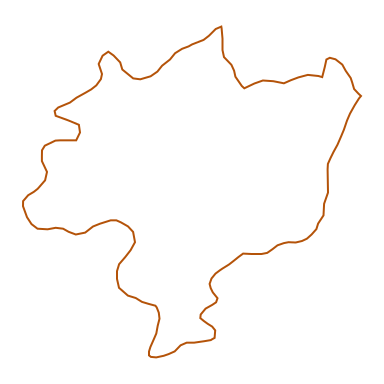 outline of Aghjabadi District, Ağcabədi, Azerbaijan
{"feature_id": "54616110B84161876100413", "entity_name": "Aghjabadi District", "entity_type": "district", "adm_level": 2, "iso_a3": "AZE", "parent_name": "Azerbaijan", "parent_adm1": "Ağcabədi", "projection": "orthographic", "projection_center": [47.427, 39.997], "detail": "fine", "context": "isolated", "style": "outline", "palette": "amber", "viewbox_px": 384, "rotation_deg": 0, "n_neighbors": 0, "source": "geoboundaries", "source_scale": "gbopen_adm2", "svg_char_len": 2168}
<svg xmlns="http://www.w3.org/2000/svg" viewBox="0 0 384 384"><path d="M221.3,26.6L215.7,29.0L208.9,35.8L203.6,39.9L192.1,44.4L188.6,46.4L182.1,48.8L175.1,53.2L170.0,59.5L162.1,65.7L157.4,71.6L150.6,76.3L140.3,79.3L133.2,78.4L122.3,69.5L120.2,62.4L113.6,55.5L108.3,51.7L102.6,55.7L98.7,63.9L98.8,64.4L102.0,74.0L100.9,79.1L96.3,85.4L91.2,89.4L85.7,92.6L76.5,97.7L69.9,102.6L58.2,107.5L54.6,111.0L55.7,115.8L68.3,120.4L78.9,124.8L80.0,132.5L76.2,140.3L60.7,140.3L55.4,140.6L44.8,145.7L42.0,150.3L41.9,156.1L41.9,161.1L47.0,171.9L45.1,180.3L37.7,188.8L33.9,191.8L28.2,195.2L23.1,201.1L23.0,206.2L27.0,217.2L31.5,224.1L37.5,228.7L47.6,229.3L55.7,227.8L63.1,228.7L68.6,231.8L75.8,234.5L85.2,232.6L93.0,226.5L100.0,223.7L110.8,220.3L116.3,220.3L121.0,222.4L128.0,226.4L133.1,231.9L135.0,242.2L132.3,247.1L130.6,250.2L125.3,257.0L119.1,264.2L118.0,267.9L117.0,271.1L117.0,278.9L119.0,287.8L127.9,295.6L135.7,298.0L142.0,301.9L149.0,304.0L155.4,305.7L156.7,307.4L158.8,312.7L159.5,318.7L157.7,325.8L156.3,333.5L153.4,340.2L150.4,347.0L149.0,351.5L149.0,354.5L149.0,355.4L150.9,356.9L156.2,357.4L163.7,355.8L168.6,354.1L174.7,351.4L180.6,345.3L186.6,342.7L193.9,342.7L204.3,341.2L210.8,340.1L212.2,339.2L214.6,337.9L215.2,330.4L212.2,326.6L207.7,323.8L203.7,320.9L200.3,318.1L200.7,314.5L205.6,308.6L212.2,304.9L216.1,302.3L217.5,298.2L212.8,292.4L210.7,288.1L209.6,283.9L211.5,278.5L215.5,273.6L219.9,270.3L222.4,268.6L229.0,264.5L233.0,261.4L238.6,256.9L243.1,253.6L251.6,254.0L261.5,254.0L267.2,252.9L272.5,249.2L277.5,245.3L283.9,243.1L288.5,242.2L295.7,242.5L302.0,241.0L306.9,238.7L311.6,234.5L316.4,229.1L318.1,223.6L323.5,215.4L324.1,203.8L328.0,192.6L327.6,169.3L327.9,163.9L330.5,158.1L333.5,152.0L337.5,144.7L341.1,136.4L343.9,129.7L347.0,120.6L350.0,113.6L354.7,105.2L359.0,98.4L361.0,96.0L358.5,93.7L354.1,89.0L352.2,82.5L350.7,78.0L345.7,70.8L342.3,64.6L335.5,59.3L329.8,57.8L326.4,59.5L324.8,66.9L322.2,77.1L318.4,76.0L307.8,74.9L298.4,77.4L290.9,80.2L283.9,83.3L273.3,81.2L262.9,80.5L254.4,83.5L244.3,88.3L241.8,86.0L235.4,76.7L234.1,70.7L231.4,64.8L224.0,57.1L222.5,50.1L222.5,38.7L221.6,28.3L221.3,26.6Z" fill="none" stroke="#b45309" stroke-width="2"/></svg>